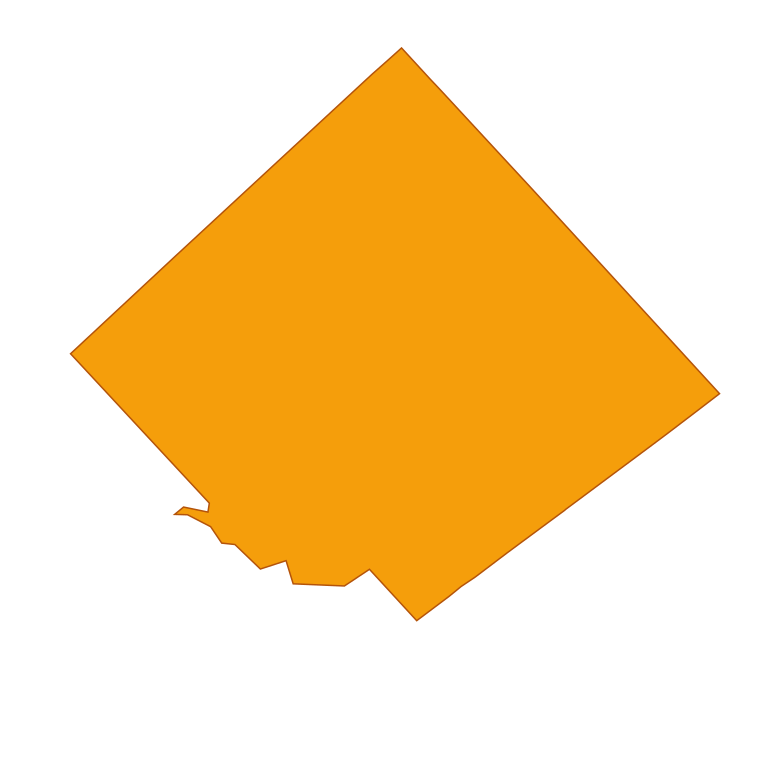 outline of Monroe, Mississippi, United States of America, rotated 47°
{"feature_id": "52423323B75107932939522", "entity_name": "Monroe", "entity_type": "district", "adm_level": 2, "iso_a3": "USA", "parent_name": "United States of America", "parent_adm1": "Mississippi", "projection": "albers", "projection_center": [-88.422, 33.87], "detail": "fine", "context": "isolated", "style": "filled", "palette": "amber", "viewbox_px": 768, "rotation_deg": 47, "n_neighbors": 0, "source": "geoboundaries", "source_scale": "gbopen_adm2", "svg_char_len": 602}
<svg xmlns="http://www.w3.org/2000/svg" viewBox="0 0 768 768"><g transform="rotate(47 384 384)"><path d="M310.2,142.6L210.0,142.2L191.8,142.3L150.2,142.0L149.9,158.3L149.3,181.7L148.2,448.2L148.1,592.6L352.0,593.0L357.6,600.1L337.3,614.5L336.6,626.0L345.6,616.9L370.1,608.1L389.7,611.2L399.7,602.5L435.0,600.6L446.4,576.1L468.2,586.7L504.7,550.7L509.6,521.0L579.4,521.5L583.7,481.1L584.7,465.7L587.4,448.9L591.5,408.9L597.1,359.6L599.6,338.0L599.6,337.9L599.6,336.6L611.5,229.1L613.7,208.4L616.9,176.3L619.9,145.2L339.8,142.7L310.2,142.6Z" fill="#f59e0b" stroke="#b45309" stroke-width="1.5"/></g></svg>